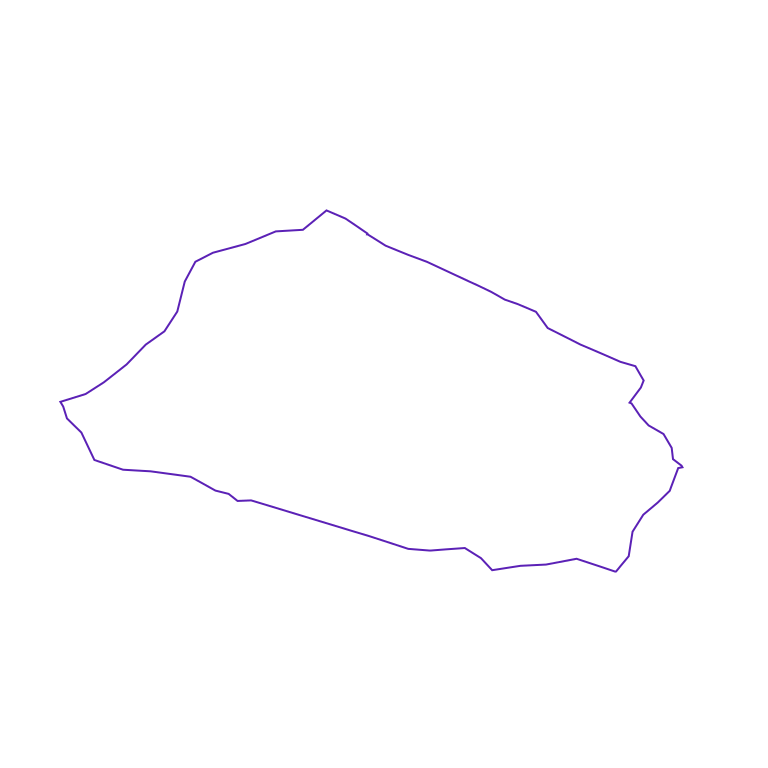 Pergamos, Cyprus, rotated 194°
{"feature_id": "46923920B91768316626560", "entity_name": "Pergamos", "entity_type": "district", "adm_level": 2, "iso_a3": "CYP", "parent_name": "Cyprus", "parent_adm1": "", "projection": "robinson", "projection_center": [33.69, 35.042], "detail": "fine", "context": "isolated", "style": "outline", "palette": "violet", "viewbox_px": 768, "rotation_deg": 194, "n_neighbors": 0, "source": "geoboundaries", "source_scale": "gbopen_adm2", "svg_char_len": 1297}
<svg xmlns="http://www.w3.org/2000/svg" viewBox="0 0 768 768"><g transform="rotate(194 384 384)"><path d="M74.3,375.4L75.5,376.7L85.4,381.0L89.4,391.6L100.7,403.1L117.2,407.8L127.4,414.5L139.1,425.0L140.4,425.2L141.2,425.3L140.8,426.3L133.9,442.7L132.9,450.2L136.8,454.2L136.9,454.3L144.4,462.1L160.0,462.7L180.6,466.2L203.0,469.8L220.5,473.8L238.7,477.9L254.0,490.8L273.7,493.9L287.2,495.1L302.2,499.3L317.2,502.4L325.9,504.0L371.7,512.9L391.4,515.1L402.7,516.7L415.9,518.6L436.0,525.2L436.6,525.1L436.5,526.0L450.7,531.3L461.4,535.2L481.8,538.5L500.0,514.0L525.9,505.9L552.4,486.3L581.7,470.0L596.6,457.0L602.1,435.2L602.1,404.3L609.8,382.0L624.7,364.6L638.5,340.7L656.2,317.9L671.1,302.1L693.7,288.4L689.8,284.5L683.3,273.9L673.6,268.2L665.9,263.7L648.1,242.0L646.6,240.2L616.5,237.7L602.6,240.3L589.4,242.8L558.5,246.2L549.3,247.2L545.5,246.2L521.8,239.8L508.2,239.8L497.8,235.1L484.8,238.9L482.0,238.8L380.3,233.7L361.3,232.8L320.6,229.9L299.6,233.4L298.4,233.7L284.0,238.5L265.9,244.4L255.2,240.9L247.8,238.5L234.0,229.5L218.1,236.2L207.6,240.6L183.1,248.0L154.9,261.0L130.4,259.2L114.3,257.9L113.4,258.3L113.1,259.0L111.7,261.9L110.6,264.3L104.9,276.1L107.1,300.8L100.8,319.9L89.7,335.2L80.9,349.5L80.6,352.6L78.2,373.6L74.3,375.4Z" fill="none" stroke="#5b21b6" stroke-width="2"/></g></svg>